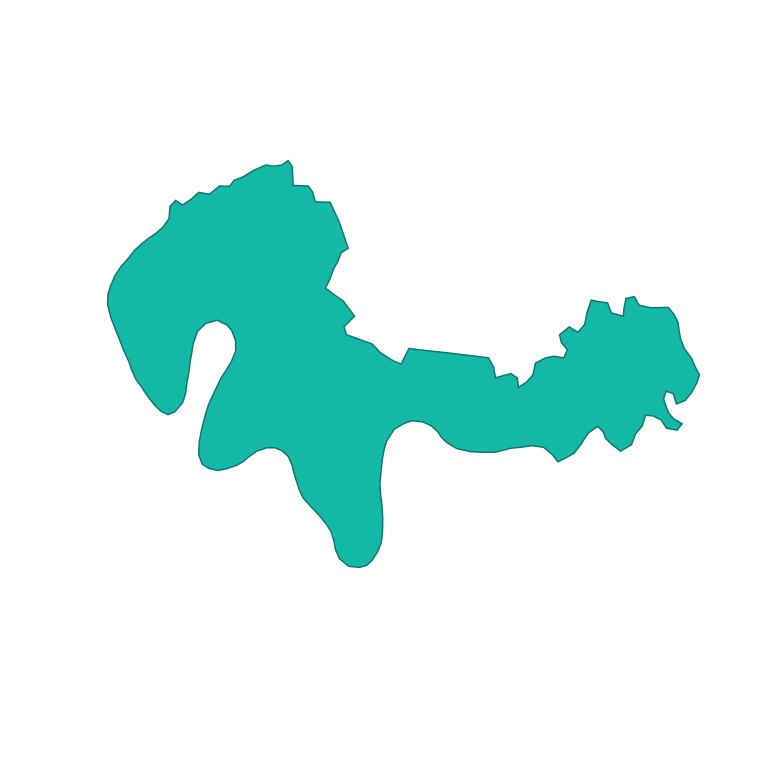 Itá, Santa Catarina, Brazil, rotated 23°
{"feature_id": "56859067B48629479075834", "entity_name": "Itá", "entity_type": "district", "adm_level": 2, "iso_a3": "BRA", "parent_name": "Brazil", "parent_adm1": "Santa Catarina", "projection": "albers", "projection_center": [-52.317, -27.249], "detail": "fine", "context": "isolated", "style": "filled", "palette": "teal", "viewbox_px": 768, "rotation_deg": 23, "n_neighbors": 0, "source": "geoboundaries", "source_scale": "gbopen_adm2", "svg_char_len": 2828}
<svg xmlns="http://www.w3.org/2000/svg" viewBox="0 0 768 768"><g transform="rotate(23 384 384)"><path d="M580.3,205.7L573.3,210.7L575.2,219.9L577.8,228.2L565.5,229.7L558.0,221.9L549.6,224.3L542.0,225.8L543.0,239.1L545.5,251.0L542.2,260.7L532.2,259.1L526.3,270.1L531.1,276.6L539.3,280.8L539.3,289.7L529.2,292.2L522.3,297.1L515.3,305.6L517.5,317.5L514.3,326.9L509.1,334.5L504.4,326.4L496.8,324.8L491.0,329.3L484.2,334.7L478.3,325.6L469.9,319.1L432.9,329.7L415.5,335.0L402.1,339.1L393.1,341.5L391.9,359.0L383.5,359.1L368.4,356.6L357.5,351.8L330.2,353.3L324.8,346.9L330.4,333.1L314.0,323.5L304.2,321.5L292.6,318.6L293.2,308.4L292.6,297.1L293.6,289.2L293.3,279.8L298.0,273.0L279.7,252.6L263.4,237.8L249.7,243.1L243.1,235.1L237.0,231.3L222.8,236.7L214.5,219.6L208.5,215.9L204.3,222.4L196.7,226.9L189.7,228.5L180.7,238.0L173.3,248.5L166.3,255.1L164.7,262.4L155.2,266.0L149.2,277.5L138.6,280.0L134.3,289.3L128.5,298.0L120.5,296.4L117.6,304.1L121.5,315.8L119.1,326.5L115.0,334.8L110.6,341.6L106.0,349.9L102.0,358.8L99.9,367.1L95.9,379.2L94.0,389.5L94.0,399.7L94.8,409.1L98.5,418.8L106.5,429.4L115.2,438.5L122.9,446.1L129.0,452.6L135.2,458.3L140.6,463.3L146.1,469.5L154.0,476.8L161.2,480.9L167.0,484.9L173.6,489.0L181.8,493.4L189.6,496.3L197.1,496.6L202.3,491.4L205.9,479.9L205.2,471.0L202.3,460.7L199.6,448.6L196.5,437.9L194.9,430.6L192.7,422.3L191.7,408.5L196.3,397.8L205.5,390.5L216.3,391.0L222.9,394.2L230.4,402.0L234.5,411.3L234.8,422.8L233.4,432.7L231.7,441.6L231.3,449.4L230.9,459.2L230.5,469.7L231.3,480.4L233.0,491.7L234.6,500.7L236.7,510.1L241.1,521.6L248.0,528.9L256.3,530.1L265.0,528.5L272.7,523.1L280.2,516.3L284.6,510.6L288.1,503.6L293.2,495.5L301.0,488.5L308.5,485.3L316.1,485.3L324.2,488.1L331.1,494.6L335.5,500.7L340.4,506.4L346.6,513.7L353.9,520.4L365.2,525.7L376.0,530.4L384.7,535.0L392.7,540.3L398.9,547.6L403.9,555.1L411.2,562.2L422.8,565.6L433.0,562.4L438.8,557.9L442.0,550.9L443.7,541.1L443.5,531.7L441.6,524.4L439.1,517.4L435.1,507.7L430.0,497.5L424.2,487.3L419.4,477.9L417.0,470.5L414.5,462.8L411.5,452.5L409.7,444.1L408.7,435.5L411.1,421.5L417.5,412.9L424.0,406.9L434.4,403.7L443.8,404.0L452.1,406.9L458.3,411.0L465.0,413.4L476.1,415.0L489.6,412.6L501.9,408.2L513.2,403.2L519.3,398.6L526.6,393.1L535.0,388.6L544.4,382.9L555.6,379.9L566.5,383.2L574.4,387.7L581.1,379.9L586.0,373.4L588.7,363.2L591.1,349.4L597.3,339.5L604.0,342.0L609.4,347.6L617.4,350.6L627.9,353.4L635.5,343.2L635.1,331.4L638.1,321.7L637.0,310.6L644.3,308.2L653.0,308.7L661.3,314.3L671.8,311.9L674.0,304.1L663.8,302.8L657.2,299.3L652.3,294.2L647.2,288.6L646.5,280.4L654.0,279.9L661.0,288.2L667.5,281.7L670.4,272.3L671.5,260.4L670.7,252.3L663.6,246.5L656.7,240.0L646.5,233.9L639.3,226.6L634.5,219.1L630.5,212.3L623.6,206.6L615.7,202.4L608.3,205.8L599.3,209.7L588.0,211.8L580.3,205.7Z" fill="#14b8a6" stroke="#0f766e" stroke-width="1.5"/></g></svg>